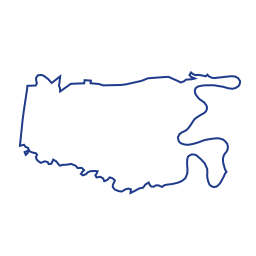 Aratiba, Rio Grande do Sul, Brazil (Natural Earth projection), rotated 97°
{"feature_id": "56859067B33104884286181", "entity_name": "Aratiba", "entity_type": "district", "adm_level": 2, "iso_a3": "BRA", "parent_name": "Brazil", "parent_adm1": "Rio Grande do Sul", "projection": "natural_earth1", "projection_center": [-52.299, -27.381], "detail": "fine", "context": "isolated", "style": "outline", "palette": "blue", "viewbox_px": 256, "rotation_deg": 97, "n_neighbors": 0, "source": "geoboundaries", "source_scale": "gbopen_adm2", "svg_char_len": 2823}
<svg xmlns="http://www.w3.org/2000/svg" viewBox="0 0 256 256"><g transform="rotate(97 128 128)"><path d="M159.5,24.9L157.7,26.4L154.4,27.9L150.8,29.3L146.9,30.1L143.7,29.6L141.7,28.8L139.9,27.5L137.5,26.6L134.7,26.5L131.7,27.5L129.8,29.4L127.9,32.1L127.2,36.5L127.5,39.2L128.1,41.8L128.9,45.1L129.7,47.5L130.4,49.8L131.8,52.8L133.5,56.0L134.9,59.1L136.1,62.2L136.8,64.4L137.4,66.7L137.5,69.6L137.0,72.7L136.0,74.9L134.3,76.3L131.4,77.3L128.0,76.3L125.8,74.0L124.4,71.7L122.6,69.4L120.2,67.7L117.7,66.3L114.5,64.8L111.2,63.1L109.1,61.0L107.3,58.8L105.8,57.0L104.6,55.1L102.5,53.0L100.2,52.1L97.9,52.1L95.8,53.1L93.5,55.3L92.0,57.9L91.0,60.0L89.7,61.8L87.5,64.0L85.2,65.7L82.7,66.2L80.3,65.8L78.2,63.5L77.0,59.9L76.3,57.0L75.9,54.1L75.4,50.6L75.1,47.2L75.3,43.9L75.4,40.8L75.5,38.4L76.0,35.6L76.4,32.5L76.3,28.9L75.1,26.0L73.0,23.5L71.0,22.5L67.9,22.4L65.2,24.7L63.8,28.0L64.1,32.4L64.8,35.0L65.2,37.3L66.1,40.6L66.9,44.4L67.8,47.6L68.0,50.4L66.9,54.0L65.4,55.7L67.2,57.1L66.8,61.3L66.7,64.6L67.3,67.7L66.4,70.4L65.2,72.3L68.0,73.4L69.6,71.6L70.7,67.7L71.9,70.8L72.4,73.7L73.0,76.4L74.9,78.2L76.4,81.3L75.5,83.5L72.3,94.1L73.2,99.2L76.2,114.2L79.7,120.6L85.0,135.6L86.2,140.4L88.7,157.8L87.9,162.0L88.1,170.6L85.5,170.6L85.8,176.9L89.0,176.9L90.0,183.2L91.1,190.1L100.0,199.8L96.7,200.4L94.6,201.6L85.0,201.6L92.6,209.2L91.1,211.0L89.2,213.2L87.5,216.1L86.4,218.1L85.9,220.4L86.7,223.9L89.5,225.4L92.1,224.9L94.8,223.9L97.1,224.8L98.4,233.0L101.6,232.9L123.2,233.5L131.6,233.6L158.8,233.1L157.3,229.1L159.1,227.6L160.0,224.7L162.5,224.0L163.5,221.8L164.1,219.0L164.2,216.5L165.6,215.0L168.2,215.8L170.4,214.8L172.1,212.6L173.2,210.3L171.2,206.5L171.6,203.6L173.4,202.4L172.9,199.8L170.6,199.0L168.5,198.4L169.8,195.3L171.7,193.3L173.7,191.1L172.6,188.6L171.9,184.4L170.6,180.0L171.9,175.2L173.9,173.2L173.2,169.1L175.2,166.4L177.2,168.1L179.4,169.1L180.5,167.0L179.0,164.1L176.8,162.5L175.5,160.1L175.1,157.8L174.7,155.5L174.7,152.9L176.8,153.5L179.0,154.6L180.9,153.2L179.8,149.6L181.0,146.6L183.7,145.1L182.1,142.3L179.2,140.1L179.9,137.1L181.6,134.6L186.3,136.1L188.5,135.9L190.7,133.6L191.8,129.5L191.8,126.4L189.2,123.1L188.1,120.3L188.5,117.7L192.2,117.6L189.7,113.8L186.4,109.1L185.4,105.7L182.0,103.9L179.6,100.8L181.7,99.6L183.3,97.7L183.1,95.3L181.5,93.3L181.2,90.9L182.3,86.9L180.3,84.9L179.3,81.7L178.3,77.6L176.7,73.0L175.2,69.9L173.4,67.3L170.7,64.9L168.5,64.3L165.7,63.6L162.9,63.8L160.3,64.2L156.9,64.9L152.4,65.4L149.2,65.0L147.5,63.3L146.4,61.3L146.3,58.4L147.0,56.3L148.4,54.4L150.2,51.7L151.9,49.7L153.6,47.7L156.3,46.0L158.7,44.5L161.9,43.9L165.6,43.6L168.0,43.1L171.5,41.8L174.1,40.3L175.4,38.5L176.2,36.0L175.5,33.3L173.6,31.2L170.6,29.4L167.7,28.3L164.4,27.0L161.3,26.1L159.5,24.9ZM162.5,224.0L164.5,227.7L167.1,226.2L165.2,224.6L162.5,224.0Z" fill="none" stroke="#1e3a8a" stroke-width="2"/></g></svg>